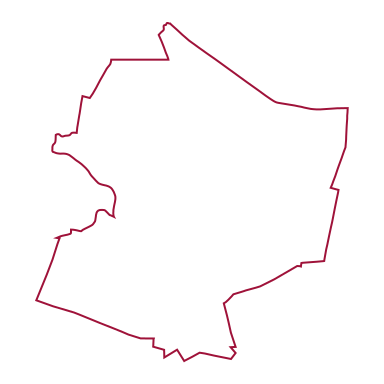 the district of Moc Hoa, Long An, Vietnam
{"feature_id": "81297802B7527818717712", "entity_name": "Moc Hoa", "entity_type": "district", "adm_level": 2, "iso_a3": "VNM", "parent_name": "Vietnam", "parent_adm1": "Long An", "projection": "orthographic", "projection_center": [105.993, 10.757], "detail": "fine", "context": "isolated", "style": "outline", "palette": "rose", "viewbox_px": 384, "rotation_deg": 0, "n_neighbors": 0, "source": "geoboundaries", "source_scale": "gbopen_adm2", "svg_char_len": 4144}
<svg xmlns="http://www.w3.org/2000/svg" viewBox="0 0 384 384"><path d="M56.7,237.9L59.5,238.4L57.5,243.9L52.5,259.6L46.7,274.8L36.3,300.3L53.1,306.3L74.0,312.5L79.1,314.5L86.2,317.4L89.4,318.7L94.3,320.7L99.9,323.0L100.1,323.1L113.6,328.4L122.5,332.0L128.5,334.6L140.6,338.4L153.8,338.5L153.7,338.9L153.5,339.5L153.5,340.7L153.4,342.6L153.3,345.2L153.2,346.7L164.1,349.8L164.2,352.8L164.3,357.5L177.1,349.7L184.2,361.0L184.5,360.8L192.4,356.7L199.6,352.7L204.8,353.5L214.1,355.6L226.1,358.0L231.0,359.0L235.6,353.0L230.6,347.2L235.6,346.9L230.9,332.7L228.6,322.4L227.0,315.6L223.8,303.3L225.7,302.2L228.1,300.0L231.6,296.4L233.4,294.3L241.7,291.8L243.9,291.1L245.9,290.4L255.8,287.7L260.1,286.4L274.3,279.3L297.2,266.0L300.1,266.2L300.9,266.5L301.4,263.0L302.5,262.8L317.1,261.7L323.7,261.1L324.2,261.0L324.4,259.6L326.2,249.4L327.3,244.7L329.1,235.9L331.0,227.0L332.1,222.2L332.9,218.2L334.6,209.4L336.4,200.5L338.1,192.4L338.5,189.9L336.1,189.3L330.7,187.8L332.1,184.6L333.3,181.2L335.2,176.3L337.4,169.7L338.7,166.0L341.8,157.6L342.4,155.8L344.0,151.2L344.1,150.9L345.5,147.3L345.6,145.7L346.1,139.7L346.2,136.1L346.6,127.6L346.7,125.7L347.2,118.7L347.2,115.7L347.5,112.4L347.7,108.1L336.8,108.3L331.0,108.7L320.4,109.4L316.6,109.4L313.5,109.2L310.7,108.9L308.2,108.4L304.3,107.6L301.2,106.8L297.9,106.2L294.6,105.5L281.7,103.4L278.1,102.8L276.5,102.4L275.3,101.9L273.6,101.0L270.5,99.0L265.7,95.7L257.9,90.0L251.3,85.3L246.8,82.1L227.5,68.1L220.9,63.3L215.2,59.2L206.6,53.2L198.2,47.2L189.1,40.6L182.5,34.9L177.0,29.8L171.3,24.7L170.1,23.5L169.7,23.6L169.4,23.6L169.1,23.5L168.2,23.1L167.6,23.0L167.1,23.0L166.8,23.2L166.7,23.3L166.5,23.6L166.4,23.8L166.3,24.1L166.2,24.4L166.1,24.7L165.9,24.9L165.5,25.0L165.1,25.1L164.7,25.1L164.3,25.2L164.0,25.4L163.8,25.6L163.7,26.0L163.6,26.4L163.7,27.8L163.8,28.6L163.8,29.1L163.7,29.7L163.5,30.1L163.2,30.5L162.3,31.3L160.9,32.5L160.1,33.4L159.1,34.4L158.7,34.9L160.4,38.7L161.8,41.9L164.1,47.8L165.8,52.6L167.3,56.1L168.2,58.7L168.4,59.7L161.9,59.7L151.4,59.7L141.0,59.7L121.2,59.7L111.7,59.7L111.2,59.7L111.1,60.6L111.0,61.5L110.7,62.7L110.3,64.0L109.4,65.3L107.9,67.1L106.7,68.7L102.8,75.6L100.2,80.1L96.1,87.9L92.8,93.6L89.8,98.0L82.5,96.1L82.3,97.2L81.2,103.1L80.3,109.1L79.6,113.7L79.3,115.2L78.3,121.3L77.6,125.6L77.3,127.2L76.7,132.9L75.9,132.8L74.9,132.7L74.1,132.7L73.0,132.7L72.2,132.8L71.7,133.0L71.3,133.3L70.9,133.8L70.4,134.4L69.7,135.1L68.8,135.4L67.5,135.6L65.8,135.7L64.7,135.9L63.5,136.3L62.8,136.5L62.0,136.4L61.6,136.3L61.0,136.0L60.6,135.6L59.9,134.9L59.2,134.4L58.7,134.2L58.2,134.2L57.6,134.2L57.0,134.3L55.8,134.9L55.7,136.2L55.7,137.4L55.6,139.8L55.4,141.5L55.1,142.5L54.6,143.3L53.8,144.1L53.2,144.7L52.9,145.2L52.6,146.1L52.4,147.1L52.4,148.4L52.4,149.0L52.3,150.2L52.3,150.7L52.5,151.3L52.8,151.8L54.0,152.2L55.0,152.6L56.3,153.1L57.8,153.4L59.3,153.6L60.6,153.7L61.8,153.6L63.5,153.6L65.0,153.7L66.6,154.0L67.8,154.4L69.4,155.1L70.9,156.2L72.5,157.4L73.9,158.5L75.2,159.6L76.7,160.7L78.7,162.0L81.6,164.2L83.9,166.3L85.8,168.1L87.3,169.8L88.4,171.1L89.1,172.2L89.5,172.9L90.1,173.9L90.6,174.7L91.6,176.0L92.7,177.2L95.0,179.7L95.8,180.6L96.9,181.7L98.2,183.0L99.2,183.6L100.4,184.1L102.0,184.6L104.0,185.1L106.3,185.6L108.6,186.4L109.5,186.9L110.6,187.6L111.4,188.3L112.2,189.3L113.0,190.6L113.7,191.8L114.3,193.3L114.8,194.6L115.2,195.8L115.4,196.9L115.4,198.9L115.2,200.4L114.9,202.2L114.1,205.9L113.7,208.3L113.4,210.0L113.4,211.3L113.3,212.5L113.3,213.7L113.4,214.7L113.5,215.3L113.6,216.1L113.8,216.6L113.9,216.8L113.3,216.5L112.6,216.2L111.9,215.9L111.3,215.6L110.4,215.2L109.8,215.1L109.4,214.8L107.5,212.8L105.6,210.9L104.7,210.2L103.7,210.0L101.6,209.9L100.2,210.0L99.4,210.1L98.1,210.7L97.2,211.6L96.6,212.7L96.1,214.7L96.0,215.0L95.9,216.2L95.6,218.2L95.3,220.2L95.0,221.4L93.8,223.1L93.1,224.1L92.4,224.8L91.5,225.4L88.9,226.8L84.8,228.8L82.9,229.8L82.2,230.3L81.6,230.9L81.4,231.1L81.1,231.1L80.7,231.1L80.1,231.1L78.7,230.8L77.1,230.4L75.1,230.0L73.1,229.7L71.0,229.6L71.0,230.4L71.0,232.1L70.9,233.1L70.7,233.5L70.3,233.8L69.4,234.1L67.4,234.7L64.5,235.3L62.2,235.8L60.5,236.3L57.7,237.5L56.7,237.9Z" fill="none" stroke="#9f1239" stroke-width="2"/></svg>